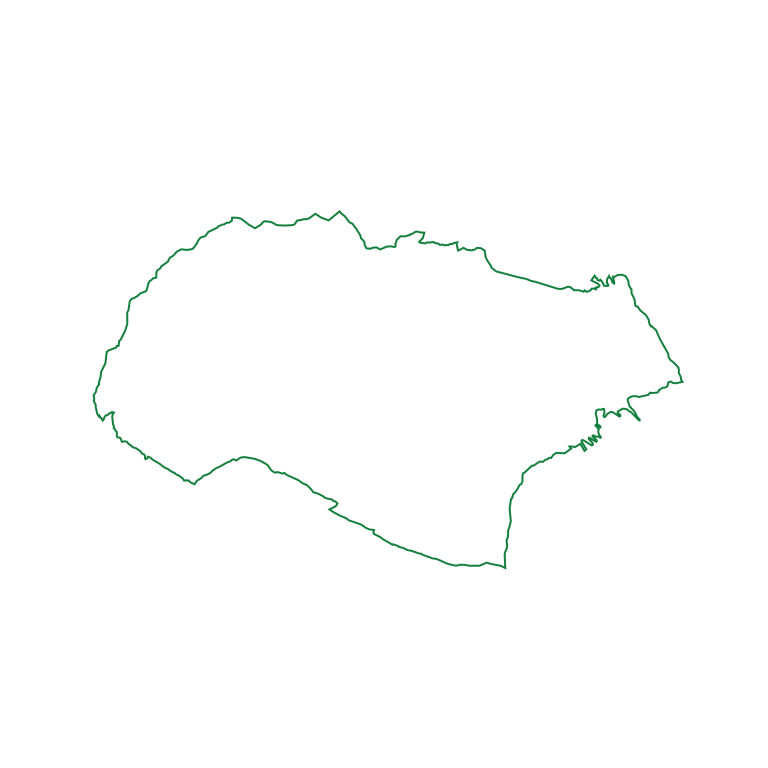 Soimari, Prahova, Romania, rotated 240°
{"feature_id": "2599482B11828536886615", "entity_name": "Soimari", "entity_type": "district", "adm_level": 2, "iso_a3": "ROU", "parent_name": "Romania", "parent_adm1": "Prahova", "projection": "equal_earth", "projection_center": [26.208, 45.169], "detail": "fine", "context": "isolated", "style": "outline", "palette": "green", "viewbox_px": 768, "rotation_deg": 240, "n_neighbors": 0, "source": "geoboundaries", "source_scale": "gbopen_adm2", "svg_char_len": 6154}
<svg xmlns="http://www.w3.org/2000/svg" viewBox="0 0 768 768"><g transform="rotate(240 384 384)"><path d="M494.9,494.6L496.8,491.7L499.5,488.9L500.2,486.5L499.9,483.9L500.5,481.3L500.2,481.3L500.4,479.9L501.4,475.9L503.7,472.1L502.3,466.8L500.7,465.5L500.0,464.1L497.7,463.1L497.2,461.9L500.0,458.5L501.7,454.7L502.4,448.0L506.2,445.7L507.6,442.3L508.0,439.7L510.3,436.6L514.4,436.8L516.1,437.9L518.6,437.8L521.9,436.9L523.9,437.7L525.8,437.8L532.8,437.5L538.6,436.8L541.3,434.9L548.8,434.0L553.7,432.1L555.7,431.9L553.4,417.9L559.5,412.8L565.7,409.7L564.9,401.6L565.6,398.9L566.9,396.9L567.4,394.4L569.0,390.4L567.3,387.2L567.0,385.9L567.3,384.3L570.6,377.7L574.6,371.4L575.9,370.2L580.3,367.6L584.2,362.9L584.8,360.6L583.5,356.7L583.4,350.1L590.0,346.4L598.6,342.9L601.3,340.0L604.0,335.7L601.5,333.9L601.2,330.6L602.4,327.9L602.1,325.3L602.9,323.8L603.3,319.1L602.8,317.6L603.5,307.8L601.4,303.3L602.5,298.2L601.2,294.8L599.3,292.3L597.2,287.5L596.7,285.4L598.7,280.2L602.0,275.8L602.2,270.5L600.5,265.9L600.5,262.6L599.9,260.6L598.0,258.1L597.3,250.2L596.0,248.1L595.8,244.6L594.0,242.3L590.1,240.1L590.2,238.7L591.0,237.1L590.3,234.2L590.4,232.7L589.4,230.9L584.4,225.8L583.4,224.0L584.3,218.3L583.5,215.2L583.4,210.7L583.9,208.1L583.7,207.1L582.6,205.1L575.7,199.6L574.2,197.3L564.5,191.8L560.0,187.0L554.6,179.1L553.9,177.6L553.8,176.3L549.8,173.2L550.5,171.7L549.5,170.3L550.8,162.1L550.4,159.9L541.4,153.2L535.9,145.1L531.7,141.9L528.3,138.3L526.2,137.1L524.3,133.3L521.1,130.4L519.5,126.9L515.8,125.5L514.7,124.2L510.2,123.9L508.0,122.7L501.7,120.8L498.3,120.9L498.7,121.7L496.7,121.5L495.8,122.2L493.1,122.0L493.1,122.9L495.3,125.8L495.9,127.4L495.3,128.6L495.8,131.3L495.4,133.4L495.8,134.5L494.3,135.8L493.1,133.6L491.5,132.3L484.4,129.1L482.8,129.1L480.7,127.8L478.9,128.5L477.8,128.1L475.8,128.6L473.1,126.9L471.2,126.4L469.4,128.5L467.7,128.7L465.4,128.0L464.6,128.7L464.3,130.4L462.4,132.6L460.4,132.7L454.4,135.2L452.1,137.3L447.0,139.6L444.8,139.6L443.3,140.9L441.8,141.1L440.2,140.7L439.6,140.0L438.1,139.9L438.0,141.7L439.0,143.3L437.0,144.9L434.1,145.8L427.3,149.7L421.1,152.3L418.8,154.1L414.0,156.4L411.6,158.2L410.3,158.5L406.6,160.9L403.1,162.4L400.2,162.6L399.6,164.5L398.8,165.1L398.3,166.5L395.6,167.2L391.9,169.8L393.7,173.3L393.9,179.1L394.7,181.0L394.6,183.6L394.1,184.0L393.8,189.1L394.7,192.2L395.0,197.0L394.6,199.5L394.5,208.5L393.9,211.9L394.4,214.9L393.8,216.3L391.6,217.9L392.0,222.9L390.5,226.6L384.0,234.5L379.1,238.6L374.5,241.4L371.8,242.7L365.6,243.2L362.5,244.7L361.6,245.5L361.0,247.7L357.1,251.4L356.8,253.3L354.1,254.2L343.6,261.7L338.3,264.1L335.0,266.7L330.2,268.1L325.8,268.6L321.9,272.1L317.2,275.2L314.6,276.1L309.6,281.5L307.7,281.7L306.6,283.2L303.7,283.9L302.4,281.4L302.6,274.0L297.1,276.8L294.2,278.8L293.1,279.2L286.8,284.0L283.4,285.5L273.5,294.1L268.8,296.2L265.4,298.6L262.5,302.4L261.3,301.0L259.4,300.2L253.0,304.4L250.5,305.3L240.5,311.0L240.7,311.6L240.1,312.2L236.4,315.4L235.7,315.3L232.1,318.9L228.6,321.2L225.5,324.7L219.8,329.5L218.5,331.3L216.7,332.2L208.7,338.8L206.7,341.5L203.5,344.1L196.7,349.0L191.3,354.7L189.9,357.2L189.8,358.7L187.6,362.7L183.9,367.1L178.8,376.0L178.0,383.6L175.0,386.3L168.1,394.3L164.0,397.0L176.3,403.4L177.8,404.8L180.7,408.7L183.5,410.4L187.0,411.7L189.5,414.8L195.1,418.3L197.0,420.7L201.9,425.3L213.1,430.4L220.9,436.5L220.9,437.6L224.0,440.8L224.4,442.9L226.6,447.6L228.8,451.1L228.7,452.9L230.6,455.3L234.8,457.7L237.1,459.6L237.0,461.3L239.3,471.4L238.5,472.6L239.0,479.7L238.1,481.6L237.1,482.5L237.7,486.0L237.2,487.5L237.4,490.2L236.4,491.8L237.9,495.1L238.2,498.9L233.7,505.7L234.4,513.8L237.1,513.4L235.4,516.3L233.8,517.8L234.0,524.2L225.8,524.2L226.3,526.6L235.3,526.3L236.2,526.8L236.4,527.8L235.0,528.9L227.1,533.1L226.7,534.2L227.8,534.9L229.3,535.0L234.0,533.8L235.0,534.6L234.3,535.5L233.0,535.9L227.8,539.0L228.0,539.7L229.6,540.0L234.0,538.3L235.0,538.9L234.8,539.7L232.5,541.1L231.4,543.3L229.3,544.3L229.3,545.1L233.5,545.1L235.9,545.8L237.5,547.4L242.3,546.4L242.7,547.1L242.5,547.8L238.7,549.0L238.2,549.7L239.5,550.2L242.3,548.7L243.3,548.8L246.5,550.7L252.5,552.6L255.0,554.9L254.6,557.2L253.1,559.2L253.2,561.0L252.3,562.0L249.1,560.7L247.0,558.4L246.0,558.0L245.2,558.3L245.0,559.5L246.0,561.1L246.5,563.5L246.4,566.6L245.0,568.1L238.1,571.6L238.0,572.6L239.0,573.2L242.1,571.9L243.3,572.8L243.3,577.8L242.9,579.1L241.5,580.8L240.3,582.0L238.1,582.6L236.0,583.9L225.2,586.6L224.7,587.1L225.3,587.6L229.2,586.8L235.0,587.2L241.7,585.5L248.0,586.9L249.2,587.6L249.5,589.7L249.3,592.7L247.6,596.0L245.3,598.2L242.4,607.7L243.5,610.0L242.4,611.2L240.1,616.0L240.1,617.9L241.2,619.0L241.4,623.6L240.4,625.5L240.1,627.6L240.7,628.8L243.2,630.9L243.0,632.8L242.5,633.8L240.3,634.8L238.7,637.1L236.6,643.6L239.2,643.4L241.9,644.6L246.4,644.9L248.5,646.3L251.2,647.2L256.8,645.9L262.2,643.9L264.8,643.9L268.3,645.3L284.7,645.4L294.8,646.5L300.6,644.5L300.2,644.3L300.4,644.0L303.7,644.0L307.4,645.4L313.1,645.2L319.4,642.8L324.2,642.4L325.2,641.2L326.2,640.9L332.2,643.3L339.0,643.8L342.3,645.7L344.2,645.3L347.7,645.6L351.3,647.2L356.8,647.1L359.7,644.6L360.4,643.3L361.5,640.6L361.6,637.1L362.5,636.0L356.2,633.9L355.9,633.4L358.2,632.7L362.0,633.4L362.8,632.7L365.1,632.9L363.1,629.5L360.0,627.4L358.8,627.9L357.1,627.5L357.1,626.8L359.0,623.7L362.6,624.1L365.4,623.7L366.1,623.5L365.8,622.3L367.5,620.9L369.2,621.3L369.7,620.7L372.5,620.6L370.1,615.4L363.7,619.4L362.0,619.9L361.2,619.7L360.7,618.0L361.5,616.8L361.5,615.2L360.3,615.4L359.9,614.9L361.2,614.0L362.7,611.7L361.8,609.4L362.4,605.7L364.8,604.5L364.1,603.1L368.0,599.4L370.3,595.2L372.0,595.0L375.3,593.3L376.3,591.8L377.3,585.8L379.4,582.3L396.9,566.1L399.6,563.0L403.5,560.1L409.7,553.3L425.4,537.5L430.9,535.3L433.4,535.6L439.4,535.2L443.1,535.5L449.2,537.9L453.2,535.8L455.5,532.3L455.0,529.9L455.9,526.7L458.6,523.1L462.2,520.9L462.4,515.0L462.6,514.8L469.4,517.1L470.0,518.2L471.0,515.8L471.2,512.9L472.2,511.5L472.2,508.9L473.2,507.5L473.6,506.0L475.5,504.5L476.5,502.0L478.5,501.1L480.7,498.5L482.3,497.8L483.8,493.9L485.1,492.3L485.2,489.8L488.8,485.6L489.2,485.4L489.7,486.0L490.8,490.4L494.9,494.6Z" fill="none" stroke="#15803d" stroke-width="2"/></g></svg>